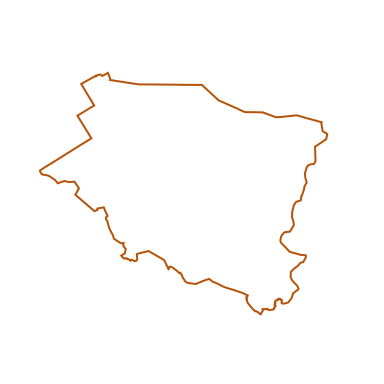 the district of Gārsenes pag., Aknistes, Latvia, rotated 168°
{"feature_id": "27541924B32403888288894", "entity_name": "Gārsenes pag.", "entity_type": "district", "adm_level": 2, "iso_a3": "LVA", "parent_name": "Latvia", "parent_adm1": "Aknistes", "projection": "mercator", "projection_center": [25.771, 56.102], "detail": "fine", "context": "isolated", "style": "outline", "palette": "amber", "viewbox_px": 384, "rotation_deg": 168, "n_neighbors": 0, "source": "geoboundaries", "source_scale": "gbopen_adm2", "svg_char_len": 5202}
<svg xmlns="http://www.w3.org/2000/svg" viewBox="0 0 384 384"><g transform="rotate(168 192 192)"><path d="M67.8,194.0L67.4,194.0L67.2,194.0L66.9,194.2L65.7,195.2L65.6,195.4L64.7,196.8L64.7,197.0L62.7,208.0L62.3,210.3L62.3,210.5L62.2,210.6L62.1,210.8L61.5,211.0L57.0,212.8L50.0,215.7L49.7,215.9L49.6,216.0L47.7,220.6L47.8,220.7L47.8,220.8L49.1,222.0L51.5,224.3L51.6,224.6L51.6,224.8L51.4,227.9L51.2,232.3L51.1,232.5L50.6,233.2L50.7,233.3L65.3,240.8L72.3,244.6L72.8,244.8L73.6,245.2L74.2,245.3L80.2,245.9L84.6,246.4L89.2,246.9L93.0,247.4L93.1,247.5L94.2,247.6L106.3,255.2L116.3,257.5L123.4,259.1L123.8,259.3L124.0,259.4L124.5,259.7L132.9,266.0L146.8,276.0L155.2,287.8L159.9,294.6L183.3,299.8L195.3,302.5L221.9,308.4L237.0,314.1L248.6,318.5L248.9,318.6L248.7,319.1L248.6,319.4L248.6,319.6L248.5,319.9L248.6,320.7L249.0,323.0L249.0,323.4L249.5,326.0L251.9,325.2L253.9,324.6L255.7,324.2L256.9,325.9L260.1,326.0L261.8,325.1L262.0,325.7L267.1,324.1L277.9,320.7L269.7,296.9L274.2,295.4L288.2,290.5L287.3,287.9L283.3,276.7L279.2,265.4L286.3,262.9L297.7,258.8L308.9,254.7L320.3,250.5L331.6,246.5L335.2,245.0L335.6,244.8L336.2,244.6L336.3,243.5L336.0,242.4L335.1,240.5L333.4,239.7L332.6,239.4L329.6,238.1L327.7,236.7L323.2,231.9L321.5,228.4L317.6,229.0L314.3,229.3L310.9,227.4L304.8,226.5L301.8,219.1L303.0,218.0L303.1,217.6L306.7,213.5L300.2,205.1L294.2,197.2L291.4,193.5L288.3,194.1L288.0,195.5L281.5,195.3L280.8,191.3L279.5,186.1L280.4,185.6L281.6,184.9L281.6,182.9L280.8,181.0L280.8,178.7L280.5,174.1L279.3,169.2L278.2,165.8L278.2,164.4L278.1,162.5L275.3,159.7L274.9,159.4L273.5,158.0L273.0,157.3L271.6,156.4L269.5,156.4L270.4,153.5L269.9,152.5L268.6,149.9L268.9,149.4L269.0,149.3L270.3,146.1L271.2,145.6L274.4,144.5L274.3,144.4L274.2,144.3L274.0,143.8L273.9,143.4L273.8,143.1L273.7,142.9L272.8,141.8L272.5,141.3L272.4,141.1L272.2,141.0L271.7,141.2L271.3,141.1L271.1,141.1L270.9,141.0L270.7,140.9L270.4,140.9L270.1,140.8L269.8,140.7L269.7,140.7L269.6,140.4L269.6,140.1L269.4,139.9L269.2,139.8L268.9,139.9L268.6,139.8L268.0,139.4L267.7,139.1L267.4,138.8L267.3,138.6L267.2,138.4L266.9,138.3L266.8,138.2L266.7,137.9L266.6,137.6L266.4,137.5L266.2,137.6L266.0,137.8L265.7,137.9L265.5,138.1L265.0,138.3L262.8,136.5L262.3,136.2L261.7,136.2L261.0,136.4L260.6,136.5L260.4,136.6L260.2,136.6L260.1,136.8L259.7,137.5L259.4,138.5L258.9,142.7L256.0,143.0L246.9,143.3L246.5,143.2L246.3,142.9L233.5,131.3L233.4,131.0L233.2,130.7L231.1,121.4L230.9,121.5L230.7,121.6L230.5,121.8L230.4,121.9L230.4,122.0L230.4,122.3L230.3,122.5L230.2,122.6L229.9,122.9L229.7,123.2L229.7,123.3L228.0,123.4L226.4,121.8L223.1,118.0L221.3,115.4L220.2,115.5L218.9,111.8L219.0,110.3L217.7,107.7L217.6,106.5L215.0,103.8L214.0,103.6L213.5,103.4L211.8,102.8L207.5,101.2L206.4,101.5L204.1,101.9L203.1,102.0L202.1,102.2L200.6,102.5L200.2,102.6L193.4,103.5L191.5,101.3L190.9,100.5L190.3,99.8L189.6,99.5L187.3,97.9L184.6,95.8L181.9,93.6L180.0,92.3L179.2,91.7L178.7,91.4L177.4,90.7L174.0,88.8L172.3,87.9L169.0,86.0L167.3,84.9L164.0,83.1L162.6,82.1L160.8,80.6L159.0,79.3L160.4,77.1L160.6,77.1L160.6,76.9L160.6,76.7L160.7,76.8L160.7,76.7L160.8,76.5L160.9,76.4L161.1,75.6L160.6,72.1L157.9,66.7L155.2,62.3L155.1,62.2L154.8,62.3L154.5,62.4L152.9,61.1L152.7,60.9L152.5,60.7L152.4,60.5L152.2,60.3L152.0,60.2L151.8,59.8L151.5,59.5L151.4,59.3L151.2,59.0L151.1,58.9L150.9,58.7L150.6,58.4L150.4,58.2L150.2,58.1L150.0,58.3L149.9,58.6L149.6,58.9L149.3,59.2L149.2,59.5L148.8,59.9L148.6,60.0L148.3,60.3L148.0,60.6L147.1,61.7L147.1,62.1L147.3,62.6L146.7,62.5L146.2,62.5L145.8,62.4L145.5,62.2L145.0,62.2L144.6,62.3L144.3,62.2L143.6,61.9L143.3,62.0L142.6,61.9L142.5,62.0L142.2,61.9L142.0,61.4L141.9,61.1L141.5,60.6L140.5,60.3L136.9,60.2L136.7,60.3L136.6,60.5L136.4,60.6L136.2,60.6L136.0,60.8L136.0,61.0L135.9,61.1L135.6,61.2L135.6,61.6L135.6,61.8L135.2,62.1L135.0,62.4L134.8,62.6L134.7,62.7L134.4,62.8L134.1,63.1L134.4,63.3L134.5,63.3L134.7,63.9L134.8,64.4L134.6,64.7L134.5,64.8L134.2,65.0L133.8,65.2L133.7,65.2L133.6,65.4L133.5,65.6L133.5,65.8L134.0,66.0L134.1,66.9L133.9,67.0L133.2,67.6L133.0,68.2L132.8,68.4L132.7,68.5L131.9,68.2L131.6,68.3L130.9,68.3L130.6,68.4L130.5,68.5L130.9,68.8L130.8,69.0L130.5,69.1L130.2,69.4L129.7,69.6L129.4,69.3L129.2,69.2L128.6,69.4L128.4,69.4L128.3,68.9L127.5,68.7L127.3,68.2L126.8,67.9L126.7,67.7L127.0,67.7L127.1,67.0L126.9,66.5L127.1,65.7L127.5,65.0L127.4,64.7L127.2,64.4L126.6,64.1L126.2,63.9L125.7,63.8L125.3,63.9L124.8,63.8L124.1,63.7L123.9,63.7L123.2,63.7L120.8,64.0L116.8,67.3L114.1,71.9L108.1,74.7L107.9,75.4L108.6,78.6L110.8,81.9L112.4,84.9L112.5,85.2L113.2,88.2L112.0,93.1L111.7,93.5L107.6,96.1L107.1,96.3L105.1,97.1L103.3,98.1L100.7,100.2L97.8,100.3L94.2,104.4L94.1,104.8L93.8,106.1L94.1,106.5L96.7,107.3L98.7,107.9L108.9,113.2L110.1,115.2L111.5,117.6L111.7,118.0L115.5,123.9L115.7,126.0L115.4,126.9L114.1,129.8L113.3,130.8L111.3,132.4L110.5,133.0L109.5,133.4L108.0,133.2L105.6,133.0L104.5,132.9L104.4,132.9L102.8,134.6L99.3,138.4L98.9,141.4L99.4,146.7L97.9,152.3L95.1,157.9L93.6,159.4L92.2,160.7L87.5,161.2L87.1,161.5L86.0,165.1L85.0,166.0L82.0,171.1L80.6,174.5L78.2,177.0L77.8,178.1L78.2,182.0L77.8,186.1L77.7,186.6L74.8,192.2L72.5,194.1L69.4,194.4L68.4,194.2L67.8,194.0Z" fill="none" stroke="#b45309" stroke-width="2"/></g></svg>